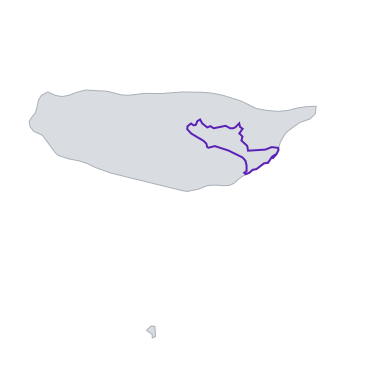 where Kaohsiung City sits in Taiwan, rotated 256°
{"feature_id": "TWN-1156", "entity_name": "Kaohsiung City", "entity_type": "Special Municipality", "adm_level": 1, "iso_a3": "TWN", "parent_name": "Taiwan", "parent_adm1": "", "projection": "robinson", "projection_center": [120.587, 22.979], "detail": "coarse", "context": "in_parent", "style": "outline", "palette": "violet", "viewbox_px": 384, "rotation_deg": 256, "n_neighbors": 0, "source": "natural_earth", "source_scale": "10m", "svg_char_len": 1620}
<svg xmlns="http://www.w3.org/2000/svg" viewBox="0 0 384 384"><g transform="rotate(256 192 192)"><path d="M257.4,274.6L253.0,284.5L249.4,295.0L247.9,304.8L248.0,315.0L247.0,324.2L245.2,333.2L238.1,330.6L234.3,324.1L233.4,313.5L228.3,300.6L226.3,296.9L219.0,289.7L212.3,286.1L207.1,280.8L207.7,281.2L203.9,274.0L201.0,266.4L195.0,244.8L192.9,239.5L190.2,234.7L189.4,230.0L190.3,224.8L192.9,216.9L194.5,209.0L193.2,198.3L193.7,187.6L195.7,182.9L229.9,118.0L239.1,104.2L244.8,97.5L249.6,89.8L254.1,80.2L259.6,71.3L263.6,68.6L283.1,60.7L289.2,53.1L294.1,50.8L299.6,50.9L303.2,54.5L306.4,58.8L309.8,61.1L318.4,65.3L322.2,69.3L324.0,76.3L318.7,82.9L316.1,88.9L315.6,95.5L316.6,104.4L316.7,113.3L310.2,134.3L303.1,147.4L301.2,153.9L299.1,170.1L294.9,186.3L291.4,206.9L285.7,228.1L282.4,237.0L278.3,245.5L268.5,261.5L257.4,274.6ZM68.8,114.4L71.9,120.0L70.6,123.5L60.6,121.6L60.0,118.2L63.8,118.8L68.8,114.4Z" fill="#d9dde1" stroke="#a8b0b8" stroke-width="1"/><path d="M214.0,286.2L211.8,286.1L208.2,283.1L204.8,278.0L208.3,282.6L206.9,278.3L201.9,272.8L202.4,268.8L198.6,260.1L198.9,256.2L196.8,252.4L196.3,248.4L198.0,247.3L199.1,250.0L204.7,251.4L209.4,251.4L213.3,249.4L223.5,237.3L231.0,225.3L231.0,218.6L232.0,217.6L235.5,217.6L238.9,215.5L248.9,205.4L254.0,202.6L256.8,203.5L258.7,207.6L256.3,209.7L256.2,211.9L259.5,214.4L260.4,217.4L256.1,218.5L251.0,222.4L251.4,225.8L248.6,228.5L248.1,240.6L244.6,244.5L243.9,247.3L244.3,249.7L247.2,254.4L243.5,254.4L241.1,256.4L237.4,252.1L233.6,254.4L230.0,252.4L223.4,256.7L218.5,256.4L215.4,273.4L216.3,280.2L214.0,286.2Z" fill="none" stroke="#5b21b6" stroke-width="2"/></g></svg>